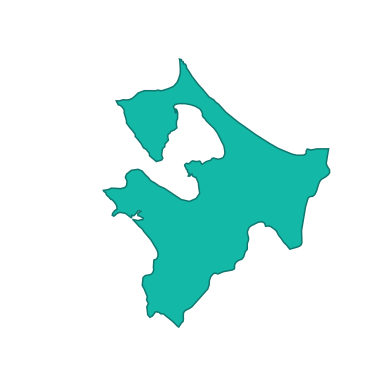 map outline of Aomori (Equal Earth projection), rotated 311°
{"feature_id": "JPN-1863", "entity_name": "Aomori", "entity_type": "Prefecture", "adm_level": 1, "iso_a3": "JPN", "parent_name": "Japan", "parent_adm1": "", "projection": "equal_earth", "projection_center": [140.822, 40.879], "detail": "fine", "context": "isolated", "style": "filled", "palette": "teal", "viewbox_px": 384, "rotation_deg": 311, "n_neighbors": 0, "source": "natural_earth", "source_scale": "10m", "svg_char_len": 4551}
<svg xmlns="http://www.w3.org/2000/svg" viewBox="0 0 384 384"><g transform="rotate(311 192 192)"><path d="M81.4,270.6L81.2,269.7L81.7,262.0L81.4,254.4L81.3,250.4L79.7,248.6L79.4,245.7L77.7,243.1L72.5,243.5L69.8,242.4L70.3,239.1L73.0,236.2L75.7,233.2L79.1,232.4L80.9,228.4L83.7,227.0L85.1,224.2L87.3,219.9L88.9,215.7L95.3,211.2L98.4,211.6L101.8,214.4L103.5,215.3L105.5,215.2L107.9,214.4L109.8,212.3L115.6,207.9L118.4,209.3L121.3,208.4L123.7,206.3L125.4,203.3L128.9,192.6L130.6,181.7L131.5,178.5L131.4,174.2L131.9,170.5L132.3,165.7L132.7,165.7L134.8,169.6L136.0,170.8L137.7,171.7L138.6,172.9L140.3,172.5L139.5,168.3L138.7,166.7L139.6,165.6L140.8,165.3L142.3,165.8L143.8,166.0L143.3,164.5L142.6,163.6L139.9,163.8L138.5,163.8L136.1,163.7L135.3,162.8L134.8,161.7L133.9,162.5L133.0,163.3L132.6,162.6L132.4,158.1L132.3,156.0L129.4,151.0L127.0,149.6L124.7,149.3L122.5,148.9L122.1,147.1L123.6,146.2L127.0,145.9L130.0,146.6L132.2,144.3L133.4,140.4L133.8,137.0L133.2,135.3L133.5,133.4L133.8,129.0L134.9,127.4L134.6,125.2L135.1,124.0L137.4,126.1L140.0,127.8L141.7,128.4L144.1,131.2L147.6,135.8L151.1,138.3L153.9,138.4L157.6,135.9L159.4,132.0L162.6,130.9L168.6,132.0L173.8,136.5L175.1,140.5L174.4,145.2L174.1,150.3L173.6,152.0L173.6,154.2L174.4,157.9L174.9,163.2L176.7,169.0L179.2,188.8L183.2,196.2L189.8,199.4L196.0,198.7L200.2,193.8L203.1,190.8L205.6,185.3L204.9,184.1L204.5,182.1L205.1,180.8L205.6,180.1L204.5,179.7L203.3,180.1L202.4,179.7L201.5,178.7L202.7,178.1L204.3,178.0L204.1,176.6L204.3,175.4L205.6,174.3L205.3,173.2L205.8,172.4L207.1,169.1L208.0,168.6L209.9,168.9L211.4,171.2L214.7,171.5L216.0,172.1L217.2,174.4L218.3,175.8L220.4,177.5L220.4,178.6L220.1,178.9L220.1,179.0L219.7,179.9L219.5,181.4L220.1,181.7L221.6,182.0L224.3,182.8L227.5,184.8L229.1,185.4L230.6,185.1L231.9,186.1L232.7,188.0L234.0,190.4L235.2,191.2L237.7,192.8L239.7,192.7L242.5,191.7L244.7,189.5L247.6,186.0L253.1,172.7L254.4,167.7L255.1,156.0L255.9,153.3L255.7,151.8L256.5,149.7L258.0,148.4L259.1,146.6L259.9,143.3L258.9,138.1L256.9,133.5L254.2,128.9L250.2,124.2L247.2,122.0L244.3,121.8L243.1,124.3L242.2,125.8L241.0,127.3L241.1,128.0L242.0,128.2L242.7,127.0L243.6,125.9L244.0,125.6L244.0,126.2L243.7,127.1L242.4,129.2L237.9,133.0L235.4,133.7L232.5,136.1L230.5,138.5L227.4,138.0L223.5,136.2L221.7,136.7L219.8,136.1L217.9,137.3L215.6,140.2L210.5,140.1L208.2,141.8L206.2,141.4L204.5,141.8L199.9,144.9L198.1,148.0L195.9,148.0L191.6,145.1L191.5,138.2L191.5,136.2L193.2,134.3L194.1,129.4L193.5,126.4L195.2,121.8L196.0,117.5L196.6,114.3L196.5,112.9L198.2,111.5L199.3,106.7L199.8,102.8L201.1,97.4L203.2,95.3L207.3,88.8L209.2,87.3L209.6,86.5L210.4,83.0L210.2,80.9L209.4,78.9L209.9,78.3L210.4,76.4L211.2,75.0L213.0,77.4L216.2,79.3L218.0,81.6L219.8,83.6L221.8,84.7L223.2,85.4L225.6,85.9L231.4,86.4L237.1,89.5L241.8,94.8L244.0,97.6L246.7,99.6L247.3,101.0L248.7,102.8L254.2,106.2L259.6,108.8L265.1,108.8L269.2,107.5L273.7,105.4L277.4,102.3L280.2,99.5L282.4,97.4L284.1,95.3L284.5,96.1L284.9,97.2L284.1,98.3L284.5,99.9L284.3,100.5L283.2,101.2L283.4,102.0L284.0,102.7L283.7,104.5L282.1,106.5L281.4,109.1L280.3,112.8L279.3,115.8L277.3,125.6L276.7,130.2L276.6,131.9L274.9,142.3L275.5,146.3L275.9,148.1L275.4,150.1L275.5,152.5L275.7,154.4L274.4,165.2L274.7,174.5L275.0,182.1L275.3,184.2L277.1,202.6L279.5,218.5L281.4,228.3L285.9,241.8L287.5,245.2L288.7,247.2L292.5,251.5L294.2,252.7L296.3,252.6L297.8,251.3L300.0,250.8L300.9,252.4L301.8,254.3L306.5,258.0L314.2,266.8L313.3,267.3L301.7,274.5L300.5,276.4L299.8,278.3L299.4,280.0L298.7,281.5L297.1,283.0L294.9,283.5L291.4,283.0L286.4,281.3L283.8,281.5L280.7,282.5L274.3,285.4L270.8,286.3L267.9,285.9L266.6,284.6L265.1,283.7L263.5,283.6L255.3,287.4L234.7,300.0L226.4,307.7L224.8,308.7L223.1,309.0L221.4,308.5L219.5,307.6L213.0,303.3L214.0,298.4L214.1,295.9L214.3,293.8L215.4,290.0L216.0,286.6L216.4,285.0L217.2,283.3L217.9,281.3L218.1,279.2L217.5,273.9L216.6,272.2L215.8,271.2L214.4,270.0L214.8,269.5L215.2,268.8L215.7,268.0L216.0,267.0L216.0,266.1L215.8,265.3L215.4,264.5L214.9,263.8L213.5,262.5L211.5,261.3L205.3,258.8L202.8,258.3L198.7,259.6L196.8,261.4L194.5,264.8L192.7,266.2L189.3,267.6L185.0,271.3L183.0,271.3L181.2,271.6L177.6,273.3L175.7,273.7L173.8,273.6L171.7,272.4L170.2,271.8L168.3,271.4L165.9,271.6L163.9,272.7L162.8,273.8L161.8,274.4L159.6,273.6L152.4,267.9L147.1,265.3L146.5,263.6L145.6,262.3L143.7,261.6L140.5,261.7L136.9,263.0L133.1,265.9L129.2,267.5L105.2,267.2L101.7,266.2L99.6,265.2L97.1,264.5L95.0,265.0L92.2,267.2L90.6,268.8L88.4,270.2L86.4,269.9L81.4,270.6L81.4,270.6Z" fill="#14b8a6" stroke="#0f766e" stroke-width="1.5"/></g></svg>